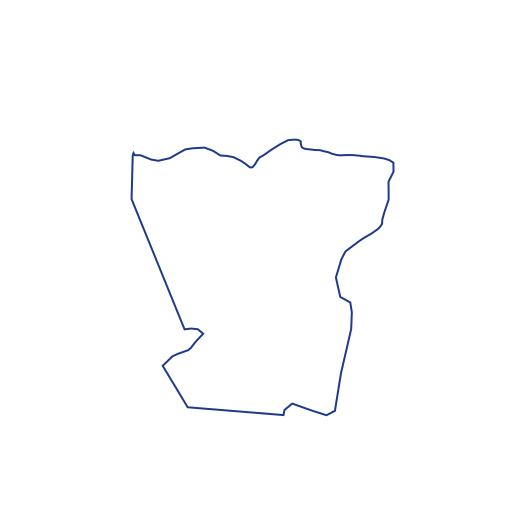 the district of Esperance, Vieux Fort, Saint Lucia, rotated 220°
{"feature_id": "8701671B19142540356259", "entity_name": "Esperance", "entity_type": "district", "adm_level": 2, "iso_a3": "LCA", "parent_name": "Saint Lucia", "parent_adm1": "Vieux Fort", "projection": "natural_earth1", "projection_center": [-60.961, 13.789], "detail": "fine", "context": "isolated", "style": "outline", "palette": "blue", "viewbox_px": 512, "rotation_deg": 220, "n_neighbors": 0, "source": "geoboundaries", "source_scale": "gbopen_adm2", "svg_char_len": 1459}
<svg xmlns="http://www.w3.org/2000/svg" viewBox="0 0 512 512"><g transform="rotate(220 256 256)"><path d="M239.7,400.1L240.2,400.1L243.1,398.0L244.3,397.2L245.9,396.1L247.5,394.9L250.6,392.3L253.4,389.8L256.3,387.2L258.8,385.4L261.1,384.3L263.4,383.2L267.5,381.9L271.1,380.0L275.0,378.2L276.8,376.8L279.2,374.9L281.6,373.4L285.3,370.9L288.4,369.1L290.7,368.8L291.6,369.2L293.3,370.4L294.5,371.4L295.0,372.2L295.7,372.6L296.1,372.6L299.0,371.7L302.1,369.2L305.9,365.3L309.0,358.0L312.4,347.7L315.0,337.9L316.6,334.0L316.4,329.5L315.7,325.9L315.7,321.7L317.6,320.0L323.1,319.8L328.8,319.2L336.9,317.2L342.7,313.9L347.9,310.1L355.4,309.1L358.0,308.5L365.1,305.9L373.9,297.7L378.8,292.0L385.0,275.4L392.1,266.1L398.3,262.5L409.3,258.9L413.7,255.3L416.0,256.1L415.0,253.7L387.9,219.6L263.6,153.9L259.1,158.7L253.5,162.5L246.5,162.5L247.1,152.0L247.0,147.3L246.8,143.5L247.4,140.3L251.4,133.5L253.0,130.8L255.1,126.4L255.5,125.6L256.9,111.9L229.1,102.4L211.1,96.2L132.7,151.8L135.2,156.4L133.4,166.2L112.8,173.9L99.7,179.3L96.0,188.1L115.6,220.9L128.5,246.3L136.2,261.3L146.4,274.5L149.2,276.9L153.9,281.0L165.1,278.8L181.0,290.9L188.5,308.4L189.5,312.9L190.4,317.1L186.6,333.5L185.8,336.3L184.9,339.4L183.0,344.5L181.9,347.6L179.9,355.3L179.7,358.5L180.0,360.5L180.2,361.8L182.6,365.0L185.7,371.8L190.6,384.4L195.9,390.7L202.2,398.0L204.9,409.0L210.7,415.8L215.2,415.2L220.5,413.1L229.0,407.9L239.7,400.1Z" fill="none" stroke="#1e3a8a" stroke-width="2"/></g></svg>